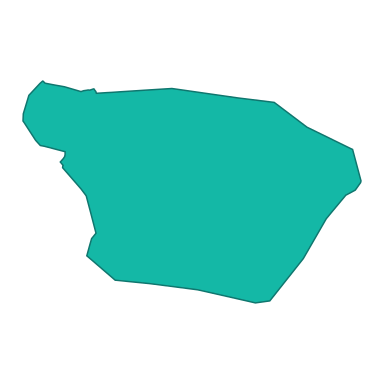 the district of Santa María Camotlán, Oaxaca, Mexico
{"feature_id": "50627088B71513516821399", "entity_name": "Santa María Camotlán", "entity_type": "district", "adm_level": 2, "iso_a3": "MEX", "parent_name": "Mexico", "parent_adm1": "Oaxaca", "projection": "mercator", "projection_center": [-97.677, 17.867], "detail": "fine", "context": "isolated", "style": "filled", "palette": "teal", "viewbox_px": 384, "rotation_deg": 0, "n_neighbors": 0, "source": "geoboundaries", "source_scale": "gbopen_adm2", "svg_char_len": 921}
<svg xmlns="http://www.w3.org/2000/svg" viewBox="0 0 384 384"><path d="M274.2,102.4L237.7,97.9L171.9,88.5L149.6,89.9L121.5,91.7L111.5,92.4L107.1,92.6L104.2,92.8L96.4,93.3L95.8,91.4L94.6,90.1L94.4,89.3L94.1,89.1L93.7,88.9L93.2,89.0L89.6,90.2L88.9,90.0L88.1,90.0L86.4,90.3L83.6,90.7L81.0,91.6L64.6,86.8L60.8,86.1L54.5,85.0L45.1,83.2L43.1,81.2L42.6,81.1L39.9,83.5L28.9,95.3L23.3,113.8L23.0,121.0L24.0,122.4L29.9,131.5L35.6,140.3L37.4,142.3L40.3,145.5L44.5,146.3L65.1,151.7L65.1,154.5L64.7,156.5L63.4,158.5L60.3,162.0L63.1,165.4L62.8,166.0L62.7,166.9L62.6,167.7L65.3,170.8L81.0,188.9L86.2,195.8L90.6,212.4L96.0,233.2L91.6,238.6L89.8,244.9L86.8,255.8L88.1,256.9L115.2,280.2L149.6,283.6L197.7,289.8L244.5,300.4L255.4,302.9L269.8,300.9L303.3,258.6L326.3,218.7L332.9,210.7L345.9,195.1L346.0,195.1L355.3,190.1L360.6,182.6L361.0,180.9L352.6,149.5L307.0,127.2L274.2,102.4Z" fill="#14b8a6" stroke="#0f766e" stroke-width="1.5"/></svg>